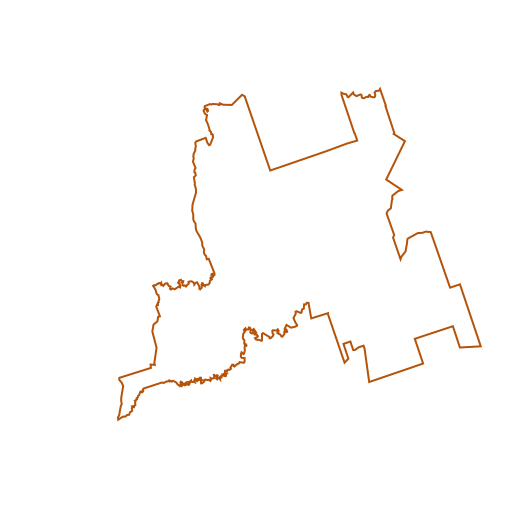 the district of Santa María, Córdoba, Argentina, rotated 341°
{"feature_id": "61730980B95109119515520", "entity_name": "Santa María", "entity_type": "district", "adm_level": 2, "iso_a3": "ARG", "parent_name": "Argentina", "parent_adm1": "Córdoba", "projection": "equal_earth", "projection_center": [-64.536, -31.682], "detail": "fine", "context": "isolated", "style": "outline", "palette": "amber", "viewbox_px": 512, "rotation_deg": 341, "n_neighbors": 0, "source": "geoboundaries", "source_scale": "gbopen_adm2", "svg_char_len": 6126}
<svg xmlns="http://www.w3.org/2000/svg" viewBox="0 0 512 512"><g transform="rotate(341 256 256)"><path d="M149.0,250.7L150.0,255.1L149.7,259.0L150.2,260.4L151.0,261.2L150.6,265.2L149.1,267.0L149.0,268.0L148.1,268.2L147.4,270.5L146.8,270.4L146.6,269.9L145.2,271.3L145.5,281.8L143.7,281.6L141.5,285.7L136.8,287.5L133.4,293.6L132.1,310.4L125.2,323.7L124.9,326.0L121.0,324.3L120.2,327.6L87.1,326.7L86.4,328.7L87.7,331.8L88.1,335.7L82.4,346.2L81.3,349.3L80.9,352.2L79.4,353.7L74.7,362.1L72.9,363.7L72.4,365.9L77.7,364.6L80.4,365.3L82.1,364.4L84.4,364.8L86.0,362.7L88.4,362.2L89.0,360.4L88.9,359.5L90.0,358.4L89.9,357.8L90.9,357.9L90.7,358.8L91.4,359.3L92.4,358.0L93.4,357.7L94.0,355.0L94.9,354.0L94.5,353.4L96.8,352.7L96.8,351.6L98.1,351.3L98.8,350.0L100.1,349.5L102.6,346.6L103.4,346.6L103.5,347.6L104.3,347.8L105.5,346.8L105.7,345.3L106.4,344.7L125.9,345.0L127.4,346.0L130.4,345.5L131.8,345.9L133.3,345.3L134.1,345.9L133.9,346.5L135.0,346.5L135.4,347.3L137.0,347.0L139.5,349.7L139.8,351.1L141.0,353.3L141.6,353.3L141.8,354.3L142.9,353.8L143.4,354.8L144.3,354.3L143.3,352.3L143.3,351.1L144.0,350.4L144.8,351.1L146.1,354.3L147.2,353.4L148.9,353.0L148.9,354.5L148.3,355.0L150.1,355.0L150.3,355.9L150.9,355.8L151.3,354.3L151.8,354.8L152.2,354.3L151.2,353.2L153.3,353.7L153.3,352.9L154.2,352.6L154.0,353.8L154.6,354.4L156.0,354.5L156.9,355.4L156.8,354.2L158.4,352.0L158.9,352.7L158.6,353.3L159.7,353.3L158.5,354.1L159.4,355.1L159.7,354.6L161.3,354.7L163.6,352.8L164.3,353.2L164.3,353.7L163.1,355.1L164.7,355.9L163.5,356.1L162.9,357.2L162.7,358.2L163.3,358.1L163.5,358.8L165.5,358.2L167.8,356.3L169.9,357.6L170.8,357.6L172.2,359.3L172.7,358.9L172.6,358.0L173.2,357.6L173.4,356.6L174.4,357.7L177.0,357.8L177.4,354.0L178.3,356.3L180.3,356.0L180.8,356.6L178.6,358.9L179.2,360.0L180.7,358.8L181.4,359.3L181.9,360.9L182.5,358.7L183.1,358.4L183.3,359.5L183.8,359.7L185.5,357.1L186.4,358.4L187.1,357.3L188.0,358.4L187.7,359.5L188.3,359.8L189.4,358.1L190.1,357.7L189.0,357.1L188.6,356.2L189.4,354.4L190.6,354.6L191.0,355.6L192.8,354.3L193.7,355.0L195.1,354.8L195.6,354.4L195.5,353.2L198.2,351.0L199.3,351.5L199.0,352.5L199.6,353.5L203.3,352.0L204.6,352.2L205.9,351.0L209.7,353.0L210.8,352.2L212.0,348.8L209.3,347.6L208.9,346.4L209.8,343.8L211.0,342.4L212.2,344.6L212.9,344.4L214.7,341.7L215.5,338.4L216.6,337.0L218.1,338.3L217.7,337.3L216.7,336.7L216.6,335.9L217.2,335.8L216.4,335.0L217.6,331.8L216.8,330.0L216.9,329.1L218.7,325.3L220.4,324.3L220.6,321.8L222.5,320.9L222.6,321.6L222.0,322.9L223.0,322.3L225.2,323.1L226.0,321.3L227.0,321.9L227.2,324.4L226.0,325.8L225.8,326.8L227.1,328.0L228.5,328.1L229.0,324.7L230.1,324.3L231.2,328.5L229.5,328.5L229.1,329.7L231.1,330.7L231.7,332.4L230.9,333.0L228.4,333.3L228.6,334.6L229.7,335.6L231.4,336.1L233.3,337.8L234.1,337.9L236.3,331.7L237.4,331.1L241.9,336.4L242.3,337.0L242.1,338.2L242.9,338.5L245.7,337.3L247.1,335.8L246.5,334.5L247.1,332.0L247.9,331.7L250.7,333.1L252.7,332.4L253.0,333.8L252.5,334.3L252.6,334.9L251.9,334.9L251.1,335.8L253.5,338.4L253.9,340.5L254.8,340.8L257.5,338.9L258.0,336.9L258.6,336.3L260.0,337.9L260.8,337.8L260.8,335.5L259.4,334.2L262.4,331.1L265.8,335.2L270.3,335.6L272.2,335.2L272.5,334.7L271.7,332.4L271.2,326.9L274.8,323.5L275.3,321.5L276.3,321.4L279.8,324.4L280.5,324.4L282.2,321.5L284.0,321.4L285.7,317.4L287.3,318.0L288.8,316.8L290.4,317.4L287.9,333.0L305.4,333.5L305.1,334.1L305.0,385.7L309.9,383.2L310.1,367.6L317.4,367.6L317.3,376.6L318.9,377.1L323.2,375.8L328.5,375.8L328.5,378.9L322.0,412.0L379.0,412.1L379.2,386.0L419.3,386.5L419.0,408.9L439.1,414.6L439.6,349.2L429.2,349.1L429.0,290.3L424.4,288.2L421.0,288.3L416.5,287.0L405.4,288.9L404.5,289.6L403.2,292.6L398.9,300.3L393.4,303.9L391.6,306.1L391.6,283.2L393.5,281.1L393.3,258.4L395.4,256.0L399.0,254.8L402.8,247.3L403.7,246.5L403.7,245.2L404.7,243.3L411.6,240.9L415.4,241.0L404.0,226.1L434.2,195.9L425.9,185.4L426.8,184.8L427.2,156.4L427.7,156.2L427.7,138.4L426.1,139.8L423.1,139.0L421.3,140.1L421.3,142.4L420.2,144.2L419.3,144.5L416.3,142.7L415.9,140.7L415.0,140.8L413.9,142.2L412.0,141.4L409.4,142.0L407.9,141.1L407.7,140.1L408.2,138.4L407.8,137.6L407.3,137.2L403.1,137.6L401.1,135.0L401.1,133.0L395.1,136.0L394.3,135.3L394.4,134.2L393.8,132.3L392.1,131.5L389.9,129.4L389.3,131.5L389.0,171.8L389.3,172.2L389.3,179.8L378.4,179.3L356.5,179.8L297.3,179.8L297.3,101.3L295.3,99.0L282.3,105.3L274.0,102.2L271.9,100.2L271.9,101.1L269.9,101.1L269.9,100.4L264.4,98.1L262.9,98.2L262.0,97.4L256.3,97.6L255.8,98.5L255.9,99.8L258.0,101.1L258.0,103.1L257.1,103.5L256.9,102.0L255.6,100.2L253.9,101.2L253.7,102.3L254.2,105.2L255.6,106.8L253.0,111.2L253.4,115.1L253.3,121.3L252.8,122.2L253.8,123.8L253.4,126.3L254.3,126.5L254.6,127.2L254.0,129.8L248.9,135.9L247.7,135.9L246.9,133.1L246.9,127.9L236.7,128.2L235.4,129.3L234.8,132.8L233.4,134.9L233.1,136.3L230.0,139.5L230.0,140.1L229.1,141.5L228.9,143.5L227.1,146.3L227.5,153.2L226.0,154.3L225.0,156.8L225.7,157.7L225.3,160.2L222.9,161.3L221.9,167.3L221.3,168.4L221.0,173.1L220.0,176.4L212.7,186.8L210.4,192.5L210.3,195.9L208.6,201.1L208.7,203.2L209.4,205.5L208.0,210.7L207.9,213.2L209.3,220.2L209.5,223.6L209.4,226.3L208.6,228.6L209.1,232.9L207.9,235.9L207.9,237.9L208.8,239.6L208.4,243.1L210.4,243.3L211.1,258.9L210.7,259.1L210.6,260.3L209.9,260.2L208.8,258.5L208.1,258.7L207.6,259.5L209.0,261.0L208.9,261.5L207.6,262.1L206.1,261.5L205.6,262.3L206.5,263.7L204.3,264.5L203.3,266.5L201.9,267.5L198.4,266.9L197.8,267.9L196.8,266.6L196.9,264.7L196.3,264.1L195.0,265.6L194.8,267.6L194.3,268.3L192.3,269.4L191.8,268.6L192.5,266.2L191.7,261.7L190.2,261.7L188.3,263.0L188.5,261.6L188.0,260.3L186.9,259.0L184.7,258.4L183.7,258.5L183.4,260.3L181.1,261.1L180.1,262.1L179.6,261.9L179.0,260.5L177.7,260.5L177.3,259.9L177.5,257.1L178.5,257.0L179.0,256.1L177.4,255.7L177.3,254.1L175.6,254.0L173.7,256.0L175.0,256.8L174.4,257.6L175.0,259.4L174.0,260.9L173.3,259.7L168.3,261.0L166.7,259.5L164.7,260.0L164.0,259.0L165.3,257.1L163.9,256.1L163.2,253.9L163.5,253.4L163.3,252.9L161.1,252.5L158.6,254.1L157.9,252.5L157.1,252.6L157.6,250.6L156.7,251.2L156.5,250.4L155.7,250.0L154.5,250.5L153.8,250.1L151.6,251.1L150.1,250.4L149.0,250.7Z" fill="none" stroke="#b45309" stroke-width="2"/></g></svg>